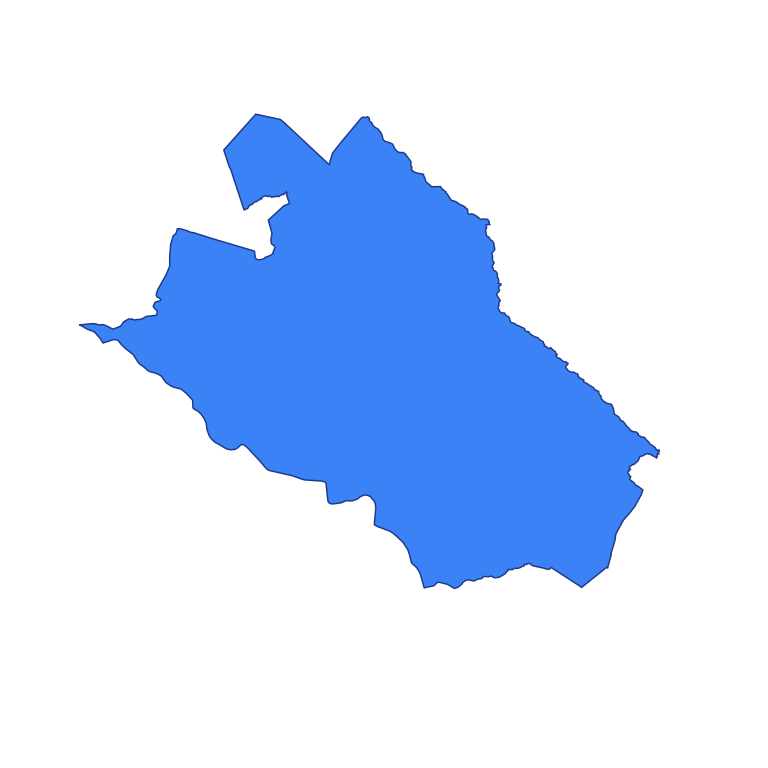 Kipipiri, Central, Kenya (Robinson projection), rotated 138°
{"feature_id": "3690345B3299927088893", "entity_name": "Kipipiri", "entity_type": "district", "adm_level": 2, "iso_a3": "KEN", "parent_name": "Kenya", "parent_adm1": "Central", "projection": "robinson", "projection_center": [36.521, -0.423], "detail": "fine", "context": "isolated", "style": "filled", "palette": "blue", "viewbox_px": 768, "rotation_deg": 138, "n_neighbors": 0, "source": "geoboundaries", "source_scale": "gbopen_adm2", "svg_char_len": 6169}
<svg xmlns="http://www.w3.org/2000/svg" viewBox="0 0 768 768"><g transform="rotate(138 384 384)"><path d="M298.8,670.3L346.5,665.1L354.0,648.1L354.1,646.5L371.5,607.0L367.9,605.7L364.8,606.7L361.4,605.7L360.1,606.0L357.9,605.6L356.3,604.7L354.6,604.8L353.2,604.1L351.8,604.9L351.2,603.5L349.2,604.4L347.1,603.7L346.0,603.0L344.8,600.8L343.8,600.8L343.0,600.0L342.4,597.8L341.0,597.4L340.0,596.3L338.7,595.7L336.4,593.5L335.3,593.6L332.8,593.0L332.0,592.1L330.6,591.9L327.9,592.2L328.3,590.8L330.0,589.6L333.4,581.4L339.2,583.4L360.3,583.2L366.4,571.0L371.7,566.7L373.2,564.6L373.8,563.3L373.2,560.4L373.4,558.5L378.2,556.2L379.5,555.2L382.6,555.7L387.8,557.6L388.9,557.4L390.6,558.0L393.7,559.8L394.6,561.0L395.4,562.5L394.9,564.4L391.4,569.3L391.9,570.4L413.7,605.9L424.1,623.6L426.3,626.3L427.5,629.1L430.8,634.6L432.7,636.9L433.8,637.6L435.8,636.2L438.2,635.0L441.4,635.2L449.0,630.6L457.9,622.2L464.4,615.0L472.2,611.2L489.0,605.5L492.6,603.4L494.0,602.1L494.3,600.7L493.2,597.1L493.5,595.9L494.9,595.8L498.5,597.6L499.8,597.8L503.5,596.2L504.0,593.6L503.7,592.3L503.8,590.0L506.0,587.8L507.4,587.5L515.5,593.3L518.0,593.9L519.3,593.9L522.3,595.4L524.1,597.0L526.8,598.7L527.8,600.9L530.3,603.2L535.8,604.4L541.2,603.2L548.0,605.8L549.0,606.7L551.6,613.6L553.1,616.1L556.6,619.0L558.3,622.0L560.9,624.5L571.1,631.9L570.0,630.0L567.5,622.6L564.9,617.9L564.3,615.5L564.5,607.2L565.4,602.5L555.6,598.1L552.9,595.6L552.5,594.3L552.8,588.9L552.4,583.4L550.7,573.6L552.1,565.4L552.3,562.6L551.1,557.6L550.5,552.6L549.9,550.1L546.8,545.5L544.7,540.9L544.1,538.4L544.8,534.7L545.0,530.4L543.5,524.8L542.4,522.3L538.7,516.8L538.1,515.3L537.2,509.9L537.0,500.6L537.5,499.3L540.9,495.5L542.0,493.8L541.7,491.6L540.4,488.3L540.1,483.8L540.8,478.5L542.4,473.8L546.2,468.2L548.1,463.6L548.9,460.9L548.9,457.1L548.4,453.0L547.0,449.5L544.5,441.2L541.5,437.2L538.1,435.0L535.7,434.5L531.5,434.6L530.5,434.4L529.1,433.2L528.1,428.6L527.8,409.2L528.1,399.7L527.4,396.9L513.4,377.0L508.5,367.9L507.0,365.7L495.4,353.7L493.8,351.4L493.3,350.2L493.5,349.0L503.6,335.1L504.3,333.6L504.3,332.0L503.5,330.3L501.1,328.3L495.2,324.3L490.7,322.8L489.2,321.8L486.9,319.3L484.8,317.9L480.6,316.3L477.0,316.1L473.1,314.8L470.8,312.5L469.4,309.4L469.7,303.0L470.6,300.9L473.4,297.0L484.6,286.7L485.3,285.5L484.3,282.6L478.2,270.9L477.2,267.1L476.5,262.5L475.8,253.7L477.3,244.6L479.4,239.8L482.7,233.9L483.2,232.1L482.6,226.0L483.4,220.9L484.5,217.8L490.5,205.6L482.3,200.9L481.0,200.6L478.5,200.9L476.9,200.6L475.6,199.8L470.7,192.3L468.9,186.3L468.4,185.1L467.4,184.3L464.2,183.3L459.6,183.3L458.2,183.8L455.2,183.4L453.7,182.9L452.4,182.2L449.4,177.9L448.3,177.1L445.0,176.3L442.1,174.3L440.9,174.1L439.3,174.4L437.9,173.5L435.1,170.7L432.7,169.4L432.0,166.9L430.8,165.3L427.1,163.1L420.6,161.9L418.9,162.5L417.6,162.2L415.6,163.0L414.2,161.3L412.6,160.1L410.1,159.6L408.3,157.7L405.8,156.5L402.5,155.7L401.5,155.0L400.6,156.0L399.7,155.5L398.9,154.5L397.5,154.5L396.5,153.7L395.6,152.7L395.4,150.5L394.8,149.0L388.8,140.7L387.2,137.9L385.3,135.9L382.5,135.6L373.1,100.6L341.3,98.8L340.9,97.7L329.1,105.3L328.1,106.5L316.6,113.5L313.6,116.2L311.1,117.8L297.0,122.7L288.7,123.6L279.9,125.1L266.9,129.6L262.5,132.1L263.9,138.9L264.8,140.1L264.3,143.3L265.1,147.8L264.8,149.3L262.7,150.0L263.0,151.1L262.3,152.8L262.4,154.8L261.5,155.5L260.5,155.3L259.5,156.3L258.1,155.5L257.4,158.3L253.1,157.7L251.9,157.0L247.1,156.9L246.0,157.1L243.2,158.6L241.9,158.6L239.5,157.4L235.4,156.5L232.9,153.3L232.9,152.0L232.2,150.9L231.6,148.5L230.8,147.9L230.9,146.8L229.5,147.2L228.4,148.7L227.3,149.1L226.7,148.1L225.9,148.9L225.4,150.4L224.3,149.9L223.8,150.9L225.8,152.8L225.1,154.4L225.1,156.1L226.5,161.5L226.1,163.8L226.5,167.3L226.1,169.9L227.9,172.2L229.3,175.6L228.3,176.9L228.8,179.7L231.2,182.5L231.2,183.7L232.1,184.3L231.5,186.9L231.9,189.9L231.3,196.1L232.5,198.7L231.7,201.4L231.7,202.8L232.9,207.3L232.1,209.1L230.2,211.7L228.5,216.7L231.1,220.2L232.2,223.8L232.4,227.7L231.9,228.8L230.8,229.7L231.0,232.8L229.4,234.8L231.3,239.2L230.7,240.7L232.6,246.9L232.7,248.2L234.3,251.9L233.0,253.0L233.2,254.8L234.4,256.1L234.1,257.9L235.1,259.2L233.5,261.0L233.6,262.6L234.6,263.7L234.8,265.6L236.8,267.2L238.2,270.3L237.9,274.1L237.1,275.6L234.4,275.7L233.4,276.2L234.0,277.8L234.0,279.0L235.0,279.6L235.7,280.9L236.4,285.8L237.3,286.9L237.5,288.6L237.2,290.3L235.7,290.0L235.8,291.6L235.0,293.4L235.8,296.7L235.8,299.5L238.1,300.3L238.5,301.3L238.2,302.7L239.4,304.9L238.3,305.9L238.3,307.4L237.4,308.8L238.6,312.4L238.8,315.8L240.3,318.0L241.8,322.6L242.0,324.0L241.5,325.4L241.8,326.4L242.4,327.3L243.5,327.9L243.3,329.4L242.5,331.1L244.9,337.1L245.8,338.3L246.7,342.1L248.4,344.5L248.3,345.9L246.6,349.3L246.5,350.8L247.3,352.9L247.4,354.5L247.0,356.1L249.0,358.2L249.6,360.6L248.8,362.0L248.3,364.3L246.0,365.5L245.0,366.9L242.9,368.1L241.8,368.1L240.8,374.1L240.2,375.2L239.2,375.8L236.5,375.9L235.2,376.6L235.0,378.1L234.3,379.0L233.2,379.6L231.1,379.3L230.2,380.1L231.8,382.3L230.4,383.1L229.4,384.3L228.6,385.8L228.3,387.5L225.7,390.5L225.6,393.1L226.5,395.3L225.3,397.4L225.3,399.1L221.1,400.3L220.4,403.7L217.6,406.6L216.6,409.1L212.4,409.5L211.3,410.3L208.1,415.4L207.8,417.8L208.4,420.3L207.8,423.0L208.6,424.6L208.3,426.0L205.2,431.0L203.5,431.1L201.5,434.0L198.7,431.7L198.4,433.0L197.2,434.3L196.9,436.2L197.2,437.7L199.2,439.2L199.8,440.3L202.0,441.4L203.0,447.3L204.1,450.2L205.0,451.8L206.5,452.5L207.3,453.5L207.5,454.8L205.0,458.0L205.5,459.0L205.3,461.2L206.3,464.3L207.3,466.2L208.7,471.7L211.1,475.5L209.9,483.1L210.1,484.2L209.5,485.6L210.3,490.1L210.0,493.0L216.9,499.0L216.6,500.0L217.5,506.2L215.7,510.1L215.1,512.5L214.3,513.4L218.6,519.1L220.0,521.9L220.0,523.5L220.3,524.7L218.1,526.6L218.1,528.0L217.5,529.0L215.7,530.5L215.2,531.5L214.2,540.8L215.0,543.4L217.1,545.1L218.5,547.3L218.6,551.4L217.1,556.5L218.2,559.3L220.8,563.5L221.1,565.6L220.8,567.0L219.6,568.9L218.3,571.9L217.8,577.2L219.1,581.2L219.1,582.6L219.0,584.4L218.2,586.8L218.8,588.2L218.5,590.0L217.3,590.8L217.1,592.5L217.6,593.8L219.4,594.3L220.6,595.9L222.3,596.9L252.6,592.6L267.7,590.0L278.0,583.8L283.4,646.0L284.0,649.9L298.8,670.3Z" fill="#3b82f6" stroke="#1e3a8a" stroke-width="1.5"/></g></svg>